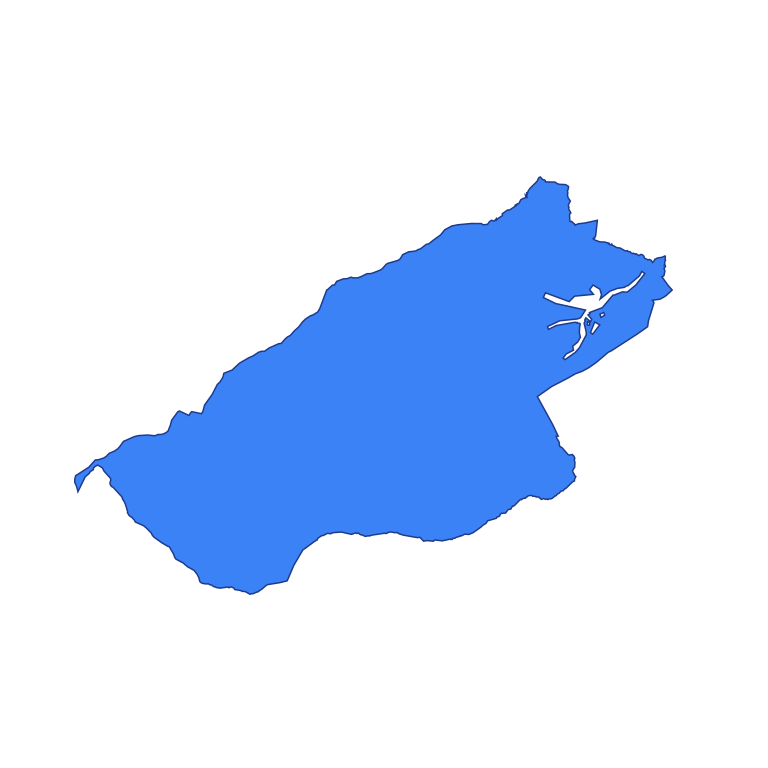 outline of Capalnita, Harghita, Romania, rotated 212°
{"feature_id": "2599482B88732151149022", "entity_name": "Capalnita", "entity_type": "district", "adm_level": 2, "iso_a3": "ROU", "parent_name": "Romania", "parent_adm1": "Harghita", "projection": "albers", "projection_center": [25.497, 46.388], "detail": "fine", "context": "isolated", "style": "filled", "palette": "blue", "viewbox_px": 768, "rotation_deg": 212, "n_neighbors": 0, "source": "geoboundaries", "source_scale": "gbopen_adm2", "svg_char_len": 6175}
<svg xmlns="http://www.w3.org/2000/svg" viewBox="0 0 768 768"><g transform="rotate(212 384 384)"><path d="M322.9,637.9L326.8,639.6L329.0,642.1L329.1,643.1L331.0,645.4L330.9,646.3L331.6,648.3L332.3,649.3L332.9,649.4L335.7,649.3L341.3,646.2L343.5,645.7L345.9,645.9L354.1,641.0L355.0,641.9L356.1,642.1L357.6,641.4L361.1,642.4L361.8,641.6L362.0,640.4L361.6,636.9L363.9,627.1L364.0,624.0L363.3,621.4L364.7,622.3L362.1,618.5L364.1,619.1L362.4,617.2L364.4,615.0L365.6,612.8L365.3,608.3L366.3,607.6L367.4,605.3L366.4,605.4L369.8,598.0L371.4,597.1L373.9,591.1L372.8,589.5L375.0,584.9L375.5,582.7L376.3,583.7L376.8,580.7L379.6,579.8L380.6,577.6L380.8,574.3L384.1,571.6L386.5,571.6L395.0,566.4L405.6,558.3L410.2,554.0L414.2,547.0L415.0,540.4L418.6,531.6L420.3,526.6L422.2,524.8L424.7,517.9L426.1,516.4L427.6,513.6L433.2,509.1L436.7,503.6L436.6,498.8L437.5,496.4L444.9,488.1L445.6,486.5L446.6,480.7L447.6,478.5L452.4,472.1L453.9,470.5L456.9,468.5L460.6,462.5L462.8,459.9L466.3,457.7L468.6,457.1L471.1,453.8L474.3,451.5L478.5,446.0L478.4,441.9L480.1,440.5L482.0,433.8L482.4,433.4L478.5,414.3L478.3,410.1L480.7,405.2L482.6,402.7L485.0,397.5L486.0,393.4L486.5,387.5L488.2,381.4L489.2,375.5L490.7,372.9L491.6,370.3L492.6,364.1L494.7,362.3L500.6,353.5L502.7,348.4L505.3,346.8L507.3,344.3L509.9,338.5L512.7,334.4L517.6,325.1L520.2,315.3L525.5,308.2L524.4,305.1L524.1,302.5L524.2,298.9L525.1,295.3L524.2,284.0L525.0,271.1L523.0,264.6L523.2,262.0L532.4,258.7L532.8,257.1L532.7,254.0L543.2,252.7L544.1,251.3L544.9,240.7L543.4,236.1L542.2,229.5L543.2,227.1L544.7,224.6L547.2,222.4L548.9,221.5L550.7,218.8L557.5,215.4L564.9,210.1L568.0,206.9L574.5,197.3L574.9,191.1L575.5,187.8L577.2,184.0L580.3,179.6L581.0,176.2L582.2,173.1L585.9,168.6L588.6,166.5L590.2,157.1L596.9,142.8L595.8,139.4L594.2,136.8L590.5,134.3L586.5,130.5L588.2,147.1L586.6,151.9L586.7,154.0L585.1,157.3L585.8,158.6L585.4,160.7L583.9,163.5L578.5,163.7L575.1,161.7L566.0,159.1L564.8,157.7L563.9,154.7L562.8,153.6L560.7,152.7L559.1,152.9L546.2,149.3L545.1,148.1L541.3,146.2L538.5,144.1L533.8,139.9L533.4,138.9L530.1,137.3L527.2,137.3L523.4,136.2L521.7,135.2L513.0,136.4L509.5,136.0L502.4,134.3L500.2,132.9L497.8,132.2L488.1,131.6L481.3,131.8L480.0,132.3L471.9,128.0L469.7,126.1L467.5,125.2L459.6,125.8L453.7,124.9L446.3,125.3L441.4,123.5L438.4,121.6L435.5,118.9L434.0,118.6L432.3,118.7L428.4,120.4L427.3,121.5L425.5,121.4L423.6,122.2L421.5,121.9L417.4,122.9L414.9,124.0L408.9,129.0L407.4,129.1L406.6,130.6L405.8,131.0L403.2,131.4L401.7,130.6L396.7,132.7L394.2,133.1L391.8,134.4L386.2,134.7L385.8,135.4L383.8,136.9L381.8,140.0L381.0,140.5L378.6,146.1L377.3,150.5L376.4,152.2L367.0,160.4L361.8,165.8L364.4,182.5L364.9,200.1L359.7,213.2L358.0,216.6L358.4,218.1L357.7,219.7L356.4,222.4L355.1,223.5L352.8,227.4L349.9,228.7L349.0,230.2L347.3,231.8L341.8,235.8L331.8,239.3L329.1,242.8L327.7,242.9L326.8,244.0L324.1,243.7L322.7,244.4L319.2,244.8L316.8,247.0L315.9,247.3L314.2,249.4L305.0,257.3L302.5,258.7L301.7,260.6L299.8,262.1L295.9,263.7L293.8,265.2L292.6,264.8L287.7,266.0L274.3,271.4L272.3,273.0L267.2,271.7L264.4,274.1L259.1,276.7L258.5,277.5L258.4,278.6L251.4,281.9L245.6,287.6L244.9,287.5L243.7,288.6L243.6,289.7L241.9,291.1L241.4,292.4L239.0,294.9L239.2,295.4L237.7,296.4L236.0,299.4L232.3,301.4L229.6,305.2L226.0,313.9L225.3,316.6L223.6,320.0L223.7,322.8L217.6,329.6L217.7,331.0L216.3,332.5L215.9,333.6L216.4,334.6L216.0,336.4L212.5,339.0L212.2,342.9L211.9,343.6L210.2,345.0L210.3,348.5L209.4,349.1L208.9,350.3L207.5,357.1L207.1,358.2L206.0,358.9L206.1,359.5L204.5,361.6L203.7,361.9L202.4,365.7L199.8,367.8L198.4,367.6L197.0,368.6L194.9,368.9L193.3,370.1L189.4,369.5L188.1,371.3L185.9,371.8L184.5,373.0L183.7,372.9L183.0,374.4L181.7,374.9L180.7,376.3L179.7,379.7L179.0,380.2L178.5,383.0L177.7,384.0L177.2,386.4L176.5,387.6L175.5,388.4L175.3,390.3L174.4,392.0L172.2,401.0L171.1,402.7L171.9,404.1L172.3,407.2L174.1,407.5L174.7,408.2L177.2,409.4L178.3,410.9L178.1,414.3L180.6,418.8L182.6,420.7L182.7,422.0L184.5,423.4L187.0,424.0L189.0,422.0L190.5,421.7L199.2,424.3L202.0,424.3L205.1,427.8L208.6,429.5L210.2,431.0L208.7,432.1L219.3,438.9L247.3,454.6L240.5,470.7L231.1,486.6L227.2,494.0L222.8,499.6L219.0,506.3L215.4,514.8L210.7,529.6L208.6,533.0L205.2,540.3L195.8,560.4L190.8,572.3L193.2,577.7L198.1,596.0L200.7,597.3L194.9,602.2L193.2,605.1L191.6,608.4L189.4,616.4L195.7,618.3L205.2,622.2L204.3,623.4L204.1,624.6L205.7,628.7L207.9,630.6L207.5,632.0L207.7,633.1L208.4,633.6L209.2,633.1L209.4,634.3L210.7,636.4L210.8,638.2L211.8,638.9L212.8,641.0L213.6,641.5L215.2,639.0L219.1,635.5L219.6,634.3L220.4,633.6L220.2,630.9L220.7,629.4L222.9,630.5L225.0,630.2L225.9,629.2L229.4,628.8L230.2,629.0L231.4,630.2L233.8,630.5L235.0,629.8L235.8,628.0L239.3,628.0L239.5,627.4L241.8,627.0L242.0,626.5L243.8,626.1L245.6,626.6L246.7,625.8L248.4,626.0L249.4,624.9L251.2,624.6L255.6,624.5L259.2,622.9L261.9,623.0L263.9,622.6L265.0,623.4L265.3,622.2L265.8,621.9L267.8,622.6L268.0,621.8L268.9,622.3L272.1,621.3L276.3,618.9L281.8,617.8L283.6,618.0L283.7,618.6L282.7,619.2L283.0,621.7L289.8,635.9L298.8,627.1L303.8,623.1L306.3,620.0L306.6,620.5L311.2,621.3L311.8,620.6L312.7,620.6L316.0,625.3L316.6,626.7L316.2,628.1L319.3,629.8L320.6,630.9L320.8,632.0L321.9,632.5L322.7,634.3L322.9,637.9ZM249.4,538.9L250.5,539.1L252.5,538.0L252.8,538.5L255.0,537.4L269.0,524.8L273.4,517.5L275.8,519.4L268.4,530.8L254.3,541.8L252.4,544.4L252.3,553.5L281.1,543.2L294.7,541.8L295.4,546.9L270.6,552.0L268.9,559.5L253.9,571.0L259.6,573.0L259.2,578.7L251.1,578.8L246.8,574.9L245.7,570.6L241.5,582.6L236.7,588.8L231.6,593.1L230.3,595.6L229.1,596.9L224.7,611.0L225.0,616.1L221.3,615.9L222.9,601.4L226.4,590.8L230.7,588.4L235.9,581.4L237.0,580.6L239.3,564.4L247.6,553.5L246.6,552.9L247.6,550.7L242.2,549.0L242.0,546.3L247.9,547.1L247.7,544.7L246.6,543.6L246.6,541.7L240.2,535.4L238.5,532.9L237.5,518.4L238.5,512.1L243.4,500.6L245.8,500.8L245.4,506.1L241.2,513.1L244.0,516.0L242.0,522.2L242.2,527.7L245.4,530.9L248.1,535.6L249.4,538.9ZM238.2,548.2L232.4,548.5L233.4,537.0L236.1,536.9L238.2,548.2ZM237.9,557.6L235.6,561.1L233.3,559.4L235.2,555.4L237.9,557.6ZM244.4,544.6L241.9,545.1L240.8,542.7L242.9,541.9L244.4,544.6Z" fill="#3b82f6" stroke="#1e3a8a" stroke-width="1.5"/></g></svg>